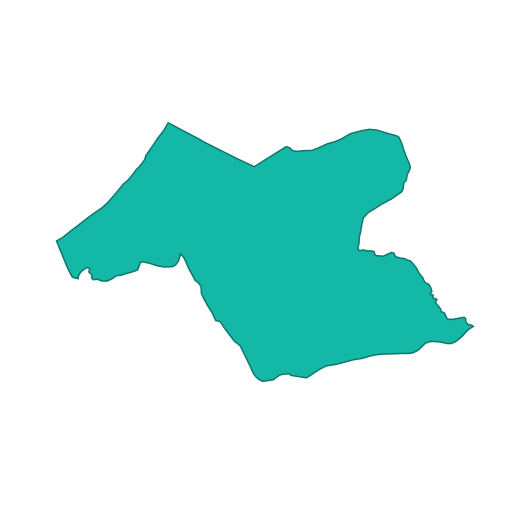 Praek Pnov, Kândal, Cambodia (Robinson projection), rotated 247°
{"feature_id": "14789045B33152667021058", "entity_name": "Praek Pnov", "entity_type": "district", "adm_level": 2, "iso_a3": "KHM", "parent_name": "Cambodia", "parent_adm1": "Kândal", "projection": "robinson", "projection_center": [104.788, 11.648], "detail": "fine", "context": "isolated", "style": "filled", "palette": "teal", "viewbox_px": 512, "rotation_deg": 247, "n_neighbors": 0, "source": "geoboundaries", "source_scale": "gbopen_adm2", "svg_char_len": 3122}
<svg xmlns="http://www.w3.org/2000/svg" viewBox="0 0 512 512"><g transform="rotate(247 256 256)"><path d="M382.5,180.1L378.7,173.3L375.8,167.7L374.0,161.8L369.8,154.1L364.1,142.4L362.5,138.7L360.5,132.8L359.0,125.3L357.0,116.5L354.2,106.0L351.6,95.8L348.5,84.8L347.8,78.2L343.7,78.2L339.4,78.1L331.9,78.1L325.0,77.9L317.6,77.9L312.3,78.3L308.6,78.7L307.4,79.6L304.6,83.5L307.0,84.8L308.8,86.9L310.0,89.4L310.9,92.4L311.4,96.2L309.0,98.1L306.7,95.9L302.3,97.6L300.2,96.1L297.8,96.9L296.5,101.0L293.3,104.2L291.1,109.1L291.3,114.9L292.4,120.0L291.0,124.3L290.7,128.3L289.9,134.1L289.7,137.0L289.4,141.5L292.6,144.7L295.2,146.9L294.9,149.5L291.0,155.1L285.6,161.2L281.7,167.3L278.8,175.0L279.3,178.7L281.7,182.6L285.5,186.0L287.5,187.0L283.5,188.9L277.7,189.2L270.5,189.2L262.9,190.0L257.2,190.5L253.6,192.6L249.3,193.4L245.5,192.1L242.8,191.1L237.6,191.3L230.8,191.9L226.0,192.6L220.9,193.5L212.4,193.7L209.6,197.4L201.9,198.8L186.3,202.7L179.8,206.3L169.2,206.9L157.7,207.5L148.6,207.7L144.6,208.8L141.1,210.5L138.0,213.2L136.8,217.8L135.3,223.8L135.8,225.5L136.6,228.8L137.1,231.9L136.3,235.7L134.4,241.0L132.6,241.3L124.2,254.8L124.7,258.5L125.4,261.8L126.2,266.4L126.9,270.8L127.4,277.4L125.1,286.9L124.4,291.1L122.7,303.3L122.3,305.7L120.4,313.2L119.7,318.8L118.9,324.9L117.7,329.5L116.8,332.4L114.8,337.9L112.6,343.4L109.2,352.4L106.5,358.8L105.7,362.4L105.7,365.1L105.9,368.1L107.8,373.5L108.6,375.2L109.5,378.0L109.3,382.0L108.7,384.5L107.6,386.7L106.2,389.5L105.4,390.8L103.6,393.8L101.0,397.3L99.2,401.3L99.1,405.5L99.5,407.6L100.3,410.4L101.1,413.0L102.0,415.6L103.2,417.8L104.5,420.8L105.5,423.5L106.3,428.5L108.0,427.5L110.1,424.4L113.1,423.5L114.7,423.8L116.4,424.5L118.3,423.6L119.0,420.4L120.1,415.8L120.6,412.9L122.4,408.8L123.4,407.5L125.8,407.3L128.6,407.3L130.6,406.9L132.2,404.7L134.7,405.2L137.8,404.6L140.7,403.6L142.8,403.0L144.5,404.6L145.4,405.6L147.3,403.3L148.8,402.5L151.0,403.8L152.3,401.5L153.5,402.1L154.4,403.9L155.9,404.2L157.4,404.5L158.8,404.5L160.7,404.2L162.2,404.1L163.8,402.7L165.3,401.5L167.0,401.1L169.3,400.9L170.6,401.1L173.9,400.1L176.7,399.4L179.9,399.2L182.9,398.8L185.6,398.0L188.1,397.4L191.4,396.0L193.4,393.4L195.8,391.4L197.7,388.0L199.4,386.0L200.9,384.1L204.6,384.1L206.3,382.1L206.2,376.3L206.1,373.2L207.8,369.7L209.5,366.6L210.9,366.0L214.0,366.4L215.2,364.9L217.0,361.0L218.2,359.1L219.8,357.0L220.1,354.1L221.6,352.7L224.2,353.2L225.8,354.7L228.5,356.3L232.8,358.3L237.0,361.5L243.7,365.7L249.2,369.8L252.1,376.3L253.4,385.1L254.6,391.7L255.6,403.0L258.2,415.3L260.8,418.0L265.5,420.5L267.0,423.9L272.3,427.4L274.5,430.3L277.0,432.6L280.9,433.3L287.7,433.1L295.8,433.5L302.2,434.1L307.2,434.1L309.6,433.9L311.6,432.4L312.7,431.2L315.9,427.0L319.2,422.9L324.8,416.4L328.3,409.8L329.7,403.9L330.7,398.3L331.7,390.8L330.5,381.0L330.3,373.9L331.4,365.4L331.1,355.5L331.3,348.6L333.8,342.5L336.3,334.7L338.4,331.1L342.3,329.3L344.9,326.5L338.9,289.3L353.1,276.5L381.3,252.6L384.7,250.2L412.9,227.2L407.8,220.4L402.7,211.4L397.6,203.7L395.0,199.4L391.4,193.8L388.4,191.4L386.1,187.7L383.9,183.7L382.5,180.1Z" fill="#14b8a6" stroke="#0f766e" stroke-width="1.5"/></g></svg>